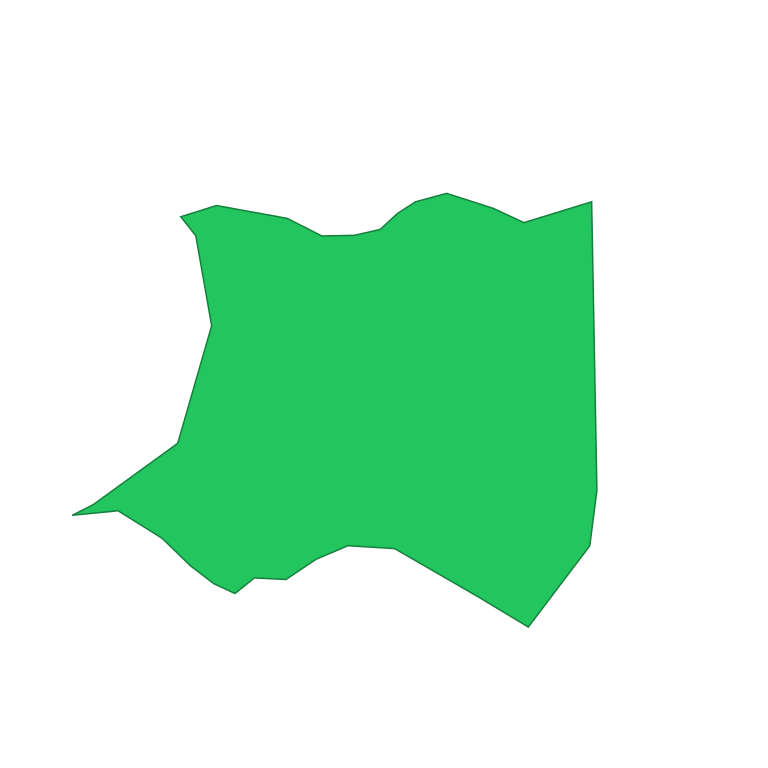 SVG path tracing the border of Selnica ob Dravi, rotated 295°
{"feature_id": "SVN-234", "entity_name": "Selnica ob Dravi", "entity_type": "Municipality", "adm_level": 1, "iso_a3": "SVN", "parent_name": "Slovenia", "parent_adm1": "", "projection": "equal_earth", "projection_center": [15.485, 46.584], "detail": "fine", "context": "isolated", "style": "filled", "palette": "green", "viewbox_px": 768, "rotation_deg": 295, "n_neighbors": 0, "source": "natural_earth", "source_scale": "10m", "svg_char_len": 567}
<svg xmlns="http://www.w3.org/2000/svg" viewBox="0 0 768 768"><g transform="rotate(295 384 384)"><path d="M243.1,222.1L363.9,203.2L438.8,150.8L449.7,129.1L475.0,156.8L493.2,226.3L491.9,265.1L506.3,294.4L522.5,315.2L544.4,324.2L562.5,335.6L583.2,360.1L589.4,409.0L589.4,442.6L636.9,495.2L377.4,622.0L324.3,638.9L224.7,617.5L231.0,558.1L239.3,463.2L222.2,419.7L196.6,396.6L165.4,377.8L153.5,348.5L131.1,337.5L131.1,314.1L137.3,285.9L150.4,248.0L156.7,196.5L133.6,157.5L133.2,156.9L151.9,171.5L243.1,222.1Z" fill="#22c55e" stroke="#15803d" stroke-width="1.5"/></g></svg>